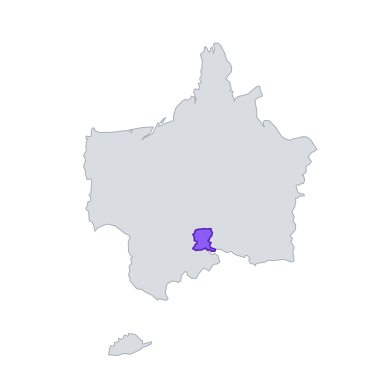 France, with Ain highlighted, rotated 71°
{"feature_id": "FRA-5262", "entity_name": "Ain", "entity_type": "Metropolitan department", "adm_level": 1, "iso_a3": "FRA", "parent_name": "France", "parent_adm1": "", "projection": "orthographic", "projection_center": [5.485, 46.077], "detail": "fine", "context": "in_parent", "style": "filled", "palette": "violet", "viewbox_px": 384, "rotation_deg": 71, "n_neighbors": 0, "source": "natural_earth", "source_scale": "10m", "svg_char_len": 6152}
<svg xmlns="http://www.w3.org/2000/svg" viewBox="0 0 384 384"><g transform="rotate(71 192 192)"><path d="M282.3,155.9L280.1,157.2L278.8,159.8L277.4,160.4L274.8,160.5L273.5,159.0L270.5,160.0L269.2,161.7L271.1,163.6L265.1,171.7L261.2,173.9L260.4,179.2L255.8,183.2L254.1,187.4L253.9,188.2L255.1,189.5L254.6,192.2L252.3,194.0L252.3,195.8L253.0,196.0L256.6,194.6L258.0,193.0L257.2,190.8L260.9,188.1L267.4,188.6L268.2,192.2L267.4,195.2L272.3,201.7L268.2,204.8L268.0,206.8L272.3,213.3L275.1,215.9L273.7,220.3L269.2,223.3L266.3,223.1L265.1,223.8L265.3,225.2L267.3,229.1L272.3,231.6L273.1,234.6L271.7,235.7L269.5,240.3L270.6,242.5L270.2,243.5L270.7,245.1L272.1,246.5L279.0,250.3L285.2,249.4L286.1,251.6L282.4,257.6L282.7,260.3L280.7,260.4L280.4,261.3L276.6,263.4L270.4,269.5L267.5,271.3L266.4,274.4L264.7,276.1L255.7,279.7L254.0,278.9L249.6,279.0L246.8,276.8L241.6,275.5L239.8,272.3L234.9,271.7L234.7,269.6L227.8,271.5L218.2,268.4L214.8,265.3L212.0,266.0L209.5,268.8L198.9,275.8L194.5,283.3L195.1,292.1L197.4,296.5L190.9,295.7L187.1,296.8L186.0,298.6L177.0,296.1L173.6,297.8L172.6,297.6L171.5,295.7L167.2,293.4L167.9,292.0L167.4,290.7L163.3,289.4L161.7,290.6L160.3,288.0L148.8,283.3L146.9,283.3L145.9,287.2L138.4,286.6L137.4,285.8L132.5,286.3L127.6,282.2L121.8,282.5L118.6,278.4L115.2,277.9L110.6,275.6L108.5,274.3L108.3,273.2L106.8,274.8L105.0,274.2L104.7,273.7L106.0,271.7L106.4,269.2L100.6,266.9L99.2,265.0L99.3,264.0L102.5,263.5L105.7,260.3L109.5,248.2L112.6,233.7L114.3,231.0L116.2,230.4L114.9,228.3L112.9,230.8L115.0,217.4L117.9,207.5L122.4,212.0L123.4,213.9L124.4,220.0L127.0,222.8L125.4,220.2L124.2,212.0L123.3,209.7L116.2,202.4L116.0,200.8L119.3,201.9L118.4,196.8L118.5,186.2L113.9,184.8L107.0,179.6L102.7,171.1L102.4,168.1L104.0,165.0L103.1,162.9L101.1,161.3L103.0,158.8L104.5,158.6L109.6,160.7L105.5,157.7L98.5,157.9L95.9,156.7L95.6,154.8L97.7,152.5L95.5,150.8L91.6,150.7L91.1,150.1L92.5,148.4L91.6,147.7L88.3,148.0L86.5,147.3L85.0,145.1L79.9,144.1L78.9,142.8L72.0,139.7L64.6,139.2L63.0,135.0L58.7,132.5L59.8,131.3L64.4,130.8L65.5,129.7L62.4,127.7L61.4,125.9L67.5,126.3L65.0,124.3L59.2,123.6L58.7,121.2L59.8,118.9L63.4,117.1L72.1,115.8L78.2,116.5L82.9,114.2L87.2,113.9L91.1,115.7L95.9,123.2L100.6,120.6L107.2,121.3L108.4,123.2L110.4,120.2L111.7,122.1L119.8,122.3L118.0,120.9L116.8,117.8L117.5,107.0L114.2,98.8L113.4,95.9L113.9,93.5L118.6,94.4L122.6,93.7L124.4,94.6L124.4,99.6L125.8,102.7L136.6,104.4L142.8,106.5L148.3,104.0L153.4,103.0L153.8,102.4L150.9,102.5L148.4,101.1L148.1,99.7L149.8,95.9L157.6,92.0L168.9,89.0L171.8,86.7L175.3,82.4L174.6,81.2L175.8,69.1L177.6,65.3L181.8,62.6L192.4,60.1L193.6,64.0L193.4,66.2L196.1,69.7L197.4,70.8L202.1,69.1L204.2,72.3L204.8,75.9L210.3,77.5L211.8,82.2L212.9,81.2L216.4,81.5L218.0,81.9L220.3,84.0L219.5,86.8L220.5,88.1L219.5,90.7L220.1,91.8L226.6,91.9L228.6,90.8L229.5,88.2L231.5,86.7L232.2,87.2L230.9,91.9L231.8,93.2L232.2,96.6L234.7,96.9L239.5,99.7L243.5,104.2L248.5,103.4L252.4,106.0L256.5,104.6L260.4,106.0L261.7,107.2L265.4,113.6L268.2,112.2L270.1,113.0L270.8,114.8L278.2,113.5L279.6,115.3L281.1,115.9L290.5,118.0L290.7,120.4L285.5,127.4L283.4,137.2L281.9,140.6L281.4,143.1L281.9,144.8L281.7,147.4L280.7,153.8L281.4,155.6L282.3,155.9ZM323.0,285.0L322.7,289.0L324.2,291.8L325.3,303.3L322.5,309.0L322.3,315.7L318.8,323.9L312.7,320.6L310.9,318.7L312.3,315.6L308.9,314.1L309.6,311.1L309.1,309.6L306.7,309.5L306.6,308.8L308.3,306.4L308.2,305.0L305.8,303.3L305.3,301.8L307.5,299.9L306.4,298.3L305.2,298.0L307.9,292.6L309.9,291.0L314.4,289.3L316.2,287.3L319.3,288.2L319.8,287.7L320.4,279.3L321.4,279.2L322.4,280.2L323.0,285.0ZM116.9,197.2L116.1,199.6L113.5,195.2L113.3,192.9L116.9,197.2Z" fill="#d9dde1" stroke="#a8b0b8" stroke-width="1"/><path d="M255.0,190.8L254.8,191.4L254.7,191.6L254.6,192.4L254.6,192.7L254.6,193.0L254.1,193.3L253.9,193.3L253.7,193.2L252.5,193.8L252.1,194.1L252.0,194.4L252.2,194.8L252.5,195.2L252.5,195.5L252.3,195.7L252.1,196.3L251.8,196.4L251.4,196.4L251.2,196.4L251.1,196.5L250.8,197.0L250.7,197.2L250.4,197.3L250.3,197.2L250.1,197.0L249.9,196.9L249.5,197.3L249.5,198.5L249.8,200.7L249.9,201.6L249.7,202.7L249.1,204.5L248.9,205.1L248.8,205.4L248.8,205.5L248.8,205.8L248.8,206.0L248.7,206.0L248.7,206.3L248.7,206.5L248.6,206.8L248.6,207.0L248.5,207.3L248.4,207.4L248.4,207.5L248.2,207.6L248.1,207.8L247.9,207.8L247.5,208.1L247.1,208.4L246.5,209.3L246.1,209.6L245.7,209.6L245.3,209.3L244.7,208.1L244.3,207.6L243.0,206.3L242.5,205.6L242.1,204.5L242.2,204.4L242.1,204.2L241.2,203.3L240.9,203.2L240.7,203.3L240.2,203.5L240.0,203.9L239.1,205.4L238.8,205.6L238.4,205.7L238.1,205.7L237.5,205.3L237.1,205.1L236.4,204.7L236.1,204.6L235.8,204.6L235.2,204.8L234.9,204.8L233.7,204.6L233.4,204.7L232.9,204.9L232.3,205.0L232.3,204.5L232.1,203.7L232.2,203.3L231.8,203.0L231.4,202.6L231.0,202.3L230.5,202.4L230.4,202.0L230.0,201.7L229.9,201.5L229.8,201.4L229.3,201.2L229.1,201.0L229.1,200.8L229.3,199.9L229.3,199.3L229.2,198.7L229.2,198.2L229.4,197.7L229.6,196.9L229.7,196.6L230.0,196.0L230.1,195.7L230.1,195.2L230.1,194.9L230.1,194.7L230.2,194.3L230.5,193.0L230.5,192.8L231.6,190.7L231.6,190.4L231.6,190.2L231.7,189.9L231.8,189.6L232.1,189.1L232.2,188.9L232.2,188.6L232.3,187.7L232.6,187.0L232.6,186.9L232.8,186.6L232.8,186.2L233.0,186.0L233.3,186.0L233.5,186.0L233.8,186.1L234.5,186.4L234.8,186.5L235.2,186.5L236.4,186.0L236.9,186.0L237.1,186.0L237.4,186.1L237.7,186.4L238.0,186.8L238.5,187.1L239.8,187.5L239.8,188.5L240.0,188.8L240.5,188.9L240.6,189.0L240.8,189.2L240.9,189.5L241.0,189.7L241.0,190.1L241.2,190.3L241.4,190.4L241.8,190.6L242.0,190.7L242.3,191.0L242.8,191.2L242.9,191.3L242.9,191.5L242.8,191.9L242.8,192.1L242.8,192.4L242.9,192.5L243.1,192.7L243.6,192.8L243.7,192.7L243.8,192.6L244.3,192.3L244.5,192.2L244.7,191.9L244.8,191.8L245.0,191.8L245.2,191.7L245.3,191.4L245.5,191.2L245.8,190.9L246.2,190.5L247.1,191.4L247.3,191.7L247.4,191.9L247.4,192.1L247.4,192.3L247.6,192.4L247.7,192.5L249.8,192.6L250.2,192.5L250.4,192.5L250.6,192.4L251.2,191.8L251.4,191.6L251.5,191.5L251.6,191.3L251.7,191.2L251.8,191.1L252.1,190.6L252.9,189.8L253.0,189.5L253.1,189.3L253.9,188.5L254.8,189.0L255.1,189.3L255.3,189.8L255.4,190.1L255.0,190.8Z" fill="#8b5cf6" stroke="#5b21b6" stroke-width="1.5"/></g></svg>